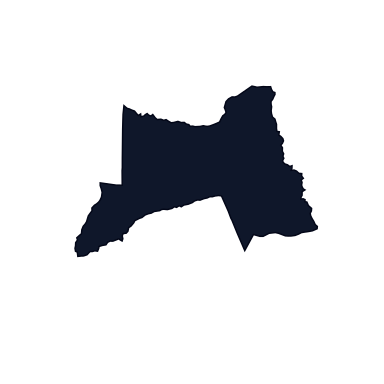 outline of Araruna, Paraná, Brazil, rotated 229°
{"feature_id": "56859067B30533502140604", "entity_name": "Araruna", "entity_type": "district", "adm_level": 2, "iso_a3": "BRA", "parent_name": "Brazil", "parent_adm1": "Paraná", "projection": "mercator", "projection_center": [-52.579, -23.926], "detail": "fine", "context": "isolated", "style": "filled", "palette": "ink", "viewbox_px": 384, "rotation_deg": 229, "n_neighbors": 0, "source": "geoboundaries", "source_scale": "gbopen_adm2", "svg_char_len": 3015}
<svg xmlns="http://www.w3.org/2000/svg" viewBox="0 0 384 384"><g transform="rotate(229 192 192)"><path d="M218.3,63.6L216.3,66.5L214.9,68.2L213.5,71.6L214.0,75.9L212.5,77.7L211.4,80.1L209.3,81.9L210.5,84.3L211.9,86.1L210.5,89.3L208.6,92.4L209.4,95.3L208.7,98.0L206.8,100.1L205.6,103.4L204.7,106.0L202.9,106.4L200.9,107.1L202.1,109.1L204.7,110.6L205.8,112.7L204.1,115.3L204.4,117.8L206.7,120.9L206.3,123.3L206.6,125.5L207.0,127.9L207.9,130.0L206.6,135.1L205.6,137.5L205.4,141.7L204.2,144.9L202.8,147.4L202.1,150.7L200.4,153.4L199.1,155.4L198.7,157.6L197.6,159.3L194.9,161.9L192.8,166.0L192.4,169.1L190.5,170.3L190.1,173.3L187.9,174.2L187.5,177.3L185.3,181.1L183.8,185.3L183.6,188.1L182.3,191.1L180.6,192.7L179.2,196.6L177.5,199.7L176.8,202.3L175.0,204.4L173.9,206.8L171.9,209.8L169.7,211.7L153.7,206.8L149.2,205.1L146.5,204.1L144.6,203.7L131.4,199.2L113.2,193.4L119.6,210.5L114.1,214.1L111.9,216.6L110.9,220.6L110.3,223.1L106.7,228.3L104.0,230.3L97.7,233.7L95.6,235.8L93.9,237.8L91.6,241.3L90.3,244.9L89.6,247.9L87.9,250.7L86.5,252.8L85.2,254.9L83.7,257.5L82.2,262.3L83.8,264.0L86.6,263.6L89.9,264.6L93.4,265.2L96.0,265.9L98.3,267.1L99.4,269.7L101.2,271.5L105.4,270.9L109.1,272.1L110.6,270.8L112.1,272.3L114.0,271.4L115.1,269.5L116.5,270.8L117.3,272.9L120.0,275.3L119.5,278.6L121.3,278.0L123.4,278.4L125.3,279.2L127.0,281.3L129.5,282.3L129.3,285.0L132.1,285.2L133.9,286.9L136.0,284.9L139.2,284.6L141.6,283.4L143.3,281.0L144.3,282.9L146.2,284.7L147.1,282.5L149.9,281.9L152.2,280.5L154.7,280.2L156.4,281.2L157.2,283.4L159.4,284.1L160.7,286.2L163.5,286.9L166.1,289.3L169.1,289.7L169.4,292.1L170.6,294.6L172.7,295.6L175.6,295.5L178.1,294.9L180.2,297.4L182.0,295.8L184.5,297.4L187.7,300.2L190.1,301.2L192.6,302.4L195.8,301.9L199.0,303.4L201.4,305.0L204.1,308.0L206.3,309.2L208.5,311.0L209.1,313.8L210.4,316.5L211.2,318.6L212.7,319.8L214.6,318.7L217.4,319.3L219.9,320.4L222.3,317.5L224.8,314.9L228.4,309.8L230.5,308.3L232.6,306.7L234.5,289.3L235.5,286.7L237.5,284.6L238.3,280.7L237.9,277.0L234.5,271.8L232.6,271.2L229.7,270.0L229.1,267.8L229.3,265.2L228.2,262.1L226.7,258.7L227.7,255.4L228.7,252.5L230.1,248.8L231.3,246.8L232.6,245.5L234.6,244.0L236.1,241.2L239.3,237.1L241.2,235.8L242.8,233.7L245.0,233.8L246.9,232.3L249.6,231.8L251.5,229.4L254.5,227.7L256.4,223.9L257.9,221.7L260.7,220.7L263.6,219.9L264.6,217.7L267.3,216.3L269.6,213.2L272.3,212.9L276.2,213.2L276.3,210.8L278.5,209.7L280.6,209.6L281.0,207.5L280.9,205.4L282.3,202.8L284.6,204.4L285.0,201.7L287.4,201.6L290.8,201.7L293.5,200.2L295.8,199.2L297.5,198.0L299.5,197.6L301.8,197.3L295.8,190.9L284.8,180.8L263.2,161.6L256.1,155.4L254.0,153.3L242.9,143.8L246.9,139.3L259.1,128.7L257.0,126.9L254.0,125.7L250.7,124.0L249.1,122.2L247.5,120.3L246.0,116.9L245.6,114.8L245.6,112.1L246.0,109.7L245.6,106.0L243.4,104.2L242.5,100.1L242.0,98.1L240.8,96.2L238.7,92.9L237.9,90.3L237.5,87.4L235.8,84.1L233.0,81.2L233.1,78.9L233.0,75.0L230.9,74.1L230.1,71.0L227.7,68.7L226.3,66.8L223.7,65.2L221.9,66.0L218.3,63.6Z" fill="#0f172a" stroke="#020617" stroke-width="1.5"/></g></svg>